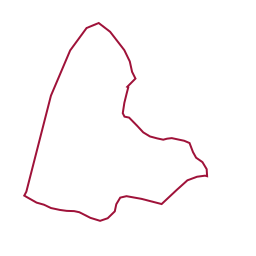 map outline of Dojran (Natural Earth projection), rotated 192°
{"feature_id": "MKD-3000", "entity_name": "Dojran", "entity_type": "Statistical Region", "adm_level": 1, "iso_a3": "MKD", "parent_name": "North Macedonia", "parent_adm1": "", "projection": "natural_earth1", "projection_center": [22.654, 41.217], "detail": "fine", "context": "isolated", "style": "outline", "palette": "rose", "viewbox_px": 256, "rotation_deg": 192, "n_neighbors": 0, "source": "natural_earth", "source_scale": "10m", "svg_char_len": 805}
<svg xmlns="http://www.w3.org/2000/svg" viewBox="0 0 256 256"><g transform="rotate(192 128 128)"><path d="M215.4,40.3L214.2,44.6L210.1,143.6L200.7,191.9L189.3,217.2L178.5,224.6L165.5,218.4L147.8,203.4L140.1,193.5L135.7,183.8L131.0,177.9L137.3,168.1L136.2,167.8L136.5,161.2L136.8,151.9L136.2,141.4L133.8,138.4L129.1,138.4L119.6,132.1L112.2,126.9L104.8,124.3L97.1,123.9L91.1,123.9L87.5,125.7L83.1,127.2L78.1,127.2L70.4,127.2L64.7,126.1L59.4,117.9L55.2,113.1L48.1,110.1L42.5,104.1L40.6,97.3L42.7,97.4L50.3,94.7L59.0,89.2L67.3,77.8L74.9,66.9L79.3,60.6L100.1,61.5L115.3,61.0L121.1,58.3L123.6,51.0L123.6,43.7L129.1,35.5L136.0,31.4L146.1,32.3L158.1,35.5L163.4,35.5L170.7,34.2L177.6,33.7L186.7,33.7L194.3,35.5L201.9,36.0L213.3,39.6L214.7,40.1L215.4,40.3Z" fill="none" stroke="#9f1239" stroke-width="2"/></g></svg>